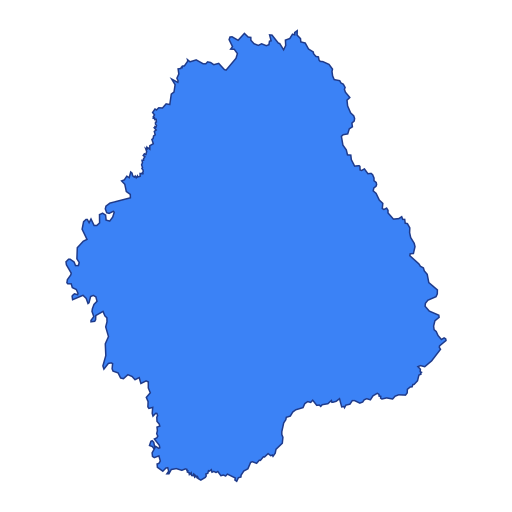 Mae Sot, Tak, Thailand
{"feature_id": "78962969B92609473950758", "entity_name": "Mae Sot", "entity_type": "district", "adm_level": 2, "iso_a3": "THA", "parent_name": "Thailand", "parent_adm1": "Tak", "projection": "equal_earth", "projection_center": [98.694, 16.756], "detail": "fine", "context": "isolated", "style": "filled", "palette": "blue", "viewbox_px": 512, "rotation_deg": 0, "n_neighbors": 0, "source": "geoboundaries", "source_scale": "gbopen_adm2", "svg_char_len": 5997}
<svg xmlns="http://www.w3.org/2000/svg" viewBox="0 0 512 512"><path d="M121.6,180.9L124.8,184.3L126.3,191.5L130.3,194.4L130.4,197.8L109.9,203.1L106.0,206.1L105.3,208.9L106.7,212.7L109.1,213.4L113.3,211.3L114.2,212.3L112.7,217.1L109.7,221.1L106.1,220.1L105.6,215.1L102.6,213.2L99.5,214.6L99.6,222.9L96.8,225.5L94.1,225.5L91.0,219.0L89.1,222.7L87.3,219.5L86.0,219.5L83.6,221.7L82.1,229.2L87.0,239.4L83.3,241.2L77.3,247.7L76.9,258.8L79.2,262.5L78.4,265.6L75.5,265.6L74.1,262.0L70.1,259.2L68.6,259.2L66.0,261.8L66.4,264.8L71.2,273.1L70.8,274.9L67.4,279.6L66.9,282.7L67.8,283.8L71.2,283.8L72.3,287.6L76.3,289.5L78.0,293.3L77.6,294.7L74.5,293.8L73.1,294.9L72.1,296.1L72.6,299.7L83.0,295.3L86.2,298.4L88.0,303.5L89.0,302.7L90.6,296.5L93.3,295.4L95.9,296.9L97.0,301.3L94.0,304.4L92.4,308.7L92.0,311.4L93.8,316.6L91.0,320.4L91.0,321.8L94.7,321.3L95.6,319.7L95.8,315.5L103.0,311.4L104.9,315.9L106.9,317.8L107.0,321.8L105.7,326.9L108.5,336.6L105.3,343.8L105.8,355.6L102.9,365.9L103.9,369.1L108.4,363.4L111.2,362.9L112.6,363.6L112.1,368.8L113.0,371.1L118.1,372.9L120.6,378.0L123.4,378.7L127.9,374.7L132.1,376.5L135.0,379.7L139.2,377.6L140.9,383.5L146.1,380.9L148.3,381.9L148.3,387.9L150.3,392.8L146.3,397.4L148.1,401.6L147.9,406.9L148.9,408.4L152.7,407.4L152.2,413.3L153.0,416.1L155.7,413.3L156.9,413.4L157.6,415.7L156.8,417.2L157.0,421.4L159.2,424.0L159.8,426.1L157.0,427.1L157.4,430.7L156.7,433.7L157.8,436.1L156.9,437.8L154.4,439.0L159.3,445.3L159.8,447.8L158.6,448.3L155.7,446.4L154.9,447.8L153.7,442.2L152.2,440.7L150.9,441.3L149.5,445.5L152.4,446.6L154.2,449.1L152.1,452.9L152.5,456.4L154.3,457.6L158.9,455.9L160.3,461.0L158.9,463.4L157.1,464.0L157.4,467.3L162.8,471.2L166.0,468.0L167.7,467.7L168.7,471.2L166.9,473.8L168.9,473.8L171.3,469.5L176.3,468.6L181.8,470.3L185.4,468.9L186.9,469.4L186.9,470.6L187.8,470.8L187.4,472.0L189.0,472.7L189.3,474.2L190.3,472.6L190.1,474.6L191.2,473.0L191.6,475.5L193.0,475.7L193.7,473.9L195.1,475.2L194.4,475.9L194.7,477.2L196.1,476.1L197.1,477.7L197.6,476.8L198.4,478.7L200.8,480.1L205.3,477.4L206.2,476.0L205.9,474.0L207.8,473.3L208.5,470.7L209.5,471.1L211.3,469.7L212.0,472.2L213.9,471.4L216.0,472.5L217.8,471.5L220.9,475.7L223.3,475.0L225.6,476.0L227.4,474.1L235.3,478.0L234.9,480.0L236.7,481.3L238.4,477.7L240.9,477.0L241.1,475.1L243.8,471.0L247.9,468.8L250.6,462.4L252.3,461.7L256.6,463.3L259.3,460.2L260.4,460.4L263.4,456.8L264.5,457.0L268.1,453.6L270.8,455.7L272.3,455.0L273.0,456.3L275.2,453.2L276.0,449.3L282.3,443.2L282.9,437.3L281.8,434.5L281.8,431.7L283.7,422.9L285.8,419.7L286.3,417.3L290.3,416.1L292.7,412.1L295.7,409.8L303.0,407.6L304.8,403.6L307.7,401.6L310.7,402.4L312.7,400.2L316.7,405.3L319.4,405.1L320.7,406.4L322.2,404.7L327.9,403.7L331.4,400.5L331.9,402.3L333.1,402.2L336.2,401.3L339.5,398.7L341.7,406.9L343.9,406.5L344.5,407.7L345.9,405.1L349.9,404.2L352.3,400.6L354.6,400.6L359.8,403.1L362.7,402.0L364.2,399.8L366.7,398.7L370.4,399.8L373.0,395.8L377.3,393.3L379.0,394.4L379.1,396.1L380.7,396.3L380.6,398.1L381.9,399.0L386.6,397.9L392.6,399.0L395.1,396.2L398.7,394.8L405.5,395.1L407.2,392.9L407.4,389.3L410.2,387.0L412.1,386.8L412.9,384.5L414.1,384.4L417.5,380.8L418.9,375.1L420.9,374.2L420.6,373.4L421.5,372.3L420.2,371.7L420.4,369.2L417.9,366.6L420.5,365.6L424.7,366.7L431.6,360.9L440.5,349.3L439.3,347.4L439.5,345.9L446.0,340.5L445.7,338.9L444.1,337.9L441.4,339.5L438.0,335.5L436.2,331.5L434.1,329.7L433.6,326.1L434.9,320.8L439.1,317.3L438.8,315.2L429.3,311.1L425.1,306.3L425.4,303.3L427.9,300.2L436.0,296.7L437.3,293.9L437.4,289.9L428.8,282.6L427.2,274.3L424.3,270.9L423.4,267.9L420.4,266.3L418.9,263.9L409.8,255.7L410.2,253.8L413.4,253.5L415.0,246.7L414.2,243.3L410.7,237.6L409.6,232.7L409.8,227.9L407.4,223.6L405.2,223.2L404.7,219.4L402.7,219.4L401.7,216.7L398.8,218.6L393.4,219.1L388.0,212.9L388.0,210.3L386.6,208.1L383.9,209.5L382.3,208.5L382.8,203.4L379.3,200.1L376.1,193.4L373.2,190.9L373.8,188.0L376.0,186.3L376.6,184.6L376.2,182.5L374.0,180.7L374.0,178.0L372.6,174.7L371.1,173.4L367.9,173.7L364.4,168.9L361.6,170.5L360.1,170.0L359.9,166.4L359.1,165.7L354.6,166.1L351.3,159.6L350.8,155.1L347.5,154.9L346.3,149.9L342.9,145.1L341.4,136.3L343.2,134.7L347.7,133.9L349.3,128.8L352.4,126.8L351.9,123.1L354.2,121.0L354.6,118.5L353.7,115.8L350.6,112.9L347.6,105.9L347.0,100.2L349.8,97.5L345.4,92.2L344.4,89.3L345.1,87.5L343.3,84.2L341.0,83.0L339.7,80.7L334.2,79.6L332.6,75.9L332.0,71.5L332.5,69.1L329.0,64.4L322.8,61.6L320.2,61.4L319.0,60.0L318.4,56.9L315.8,56.4L313.5,53.6L313.3,52.0L308.5,49.0L305.2,43.0L300.8,41.9L300.5,38.6L297.1,35.1L297.2,30.7L294.7,32.5L294.7,34.8L292.5,34.2L289.8,38.5L285.4,40.1L285.7,45.5L283.6,49.8L279.7,43.5L278.4,43.2L272.0,35.1L269.6,34.9L271.1,40.8L269.5,41.2L268.9,44.7L266.3,45.7L261.6,43.8L258.3,45.4L254.0,43.7L250.9,40.3L250.8,37.4L248.2,37.1L244.4,33.4L238.1,40.3L232.1,36.8L230.0,37.0L229.1,39.6L232.5,46.6L230.7,49.1L234.3,49.3L237.4,53.6L236.0,58.3L226.1,70.1L224.4,69.6L218.7,63.4L213.8,64.7L210.6,62.5L207.6,61.9L205.8,63.8L203.2,63.8L196.2,59.9L190.0,61.8L187.5,59.7L187.8,61.1L184.4,65.9L182.4,66.1L182.1,67.6L181.4,67.2L180.7,68.5L178.1,68.9L178.8,74.0L176.9,78.2L178.1,80.8L177.8,82.4L171.7,79.1L175.1,84.7L174.0,92.0L171.3,94.1L169.8,104.5L166.1,103.9L162.5,108.0L158.7,107.8L156.5,110.0L155.0,109.0L152.6,112.5L154.5,114.9L153.2,116.9L154.2,117.6L153.4,118.2L154.8,118.8L154.8,119.6L156.2,119.4L156.4,122.0L155.5,122.3L155.4,124.0L156.5,125.5L155.9,127.2L154.9,126.7L154.9,127.8L154.3,127.9L156.2,130.0L154.3,131.4L155.2,134.8L153.6,135.9L153.1,138.6L151.9,139.4L153.3,143.7L149.8,145.7L149.8,149.2L147.8,147.7L147.4,148.6L146.8,147.5L146.4,149.3L145.7,148.7L146.7,151.6L145.8,154.4L146.5,154.9L144.4,153.8L143.2,155.5L144.9,156.8L143.5,158.8L143.6,160.2L142.0,160.3L142.5,162.7L141.6,164.8L142.5,167.5L141.9,168.5L143.1,170.1L143.2,171.8L142.1,173.0L143.5,173.9L140.1,173.5L140.2,176.3L137.6,177.0L137.4,176.0L136.2,177.8L135.2,176.0L134.3,177.1L132.7,175.8L132.0,173.1L130.7,172.0L129.2,177.7L126.8,176.2L124.3,179.9L121.6,180.9Z" fill="#3b82f6" stroke="#1e3a8a" stroke-width="1.5"/></svg>